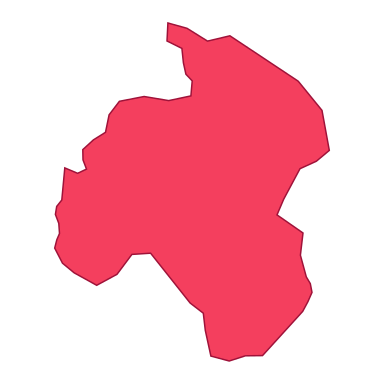 outline of Drochia
{"feature_id": "MDA-1619", "entity_name": "Drochia", "entity_type": "District", "adm_level": 1, "iso_a3": "MDA", "parent_name": "Moldova", "parent_adm1": "", "projection": "mercator", "projection_center": [27.875, 48.029], "detail": "fine", "context": "isolated", "style": "filled", "palette": "rose", "viewbox_px": 384, "rotation_deg": 0, "n_neighbors": 0, "source": "natural_earth", "source_scale": "10m", "svg_char_len": 776}
<svg xmlns="http://www.w3.org/2000/svg" viewBox="0 0 384 384"><path d="M302.7,311.4L262.5,355.6L245.4,355.8L229.2,361.0L210.9,356.1L205.3,330.4L203.3,313.2L190.2,303.1L150.6,253.2L131.9,254.4L117.0,274.3L96.7,285.3L74.1,272.8L62.5,263.2L54.7,248.1L56.8,239.8L59.5,233.5L58.8,223.4L55.4,214.4L56.7,206.4L61.8,200.0L64.8,167.9L77.6,173.3L86.5,169.1L83.0,159.9L82.8,149.6L93.5,139.8L105.5,132.3L109.1,114.8L119.4,101.3L144.1,96.5L168.7,100.6L190.9,95.9L192.2,80.9L185.9,74.2L183.4,62.8L181.9,48.4L167.0,41.0L167.9,23.0L187.0,28.3L207.5,41.1L229.9,35.8L298.2,81.2L322.0,110.4L329.3,150.4L316.4,161.2L300.0,168.7L283.7,199.2L277.0,214.9L303.0,233.0L300.4,255.2L306.3,276.9L310.3,283.6L312.0,292.4L307.9,301.7L302.7,311.4Z" fill="#f43f5e" stroke="#9f1239" stroke-width="1.5"/></svg>